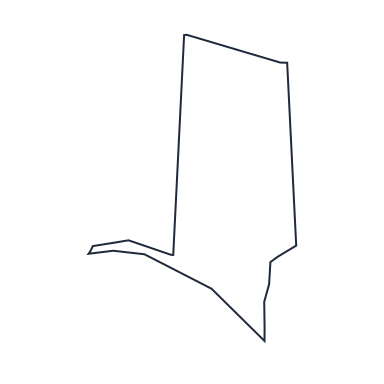 the district of La Pearle, Soufrière, Saint Lucia, rotated 353°
{"feature_id": "8701671B37327912911660", "entity_name": "La Pearle", "entity_type": "district", "adm_level": 2, "iso_a3": "LCA", "parent_name": "Saint Lucia", "parent_adm1": "Soufrière", "projection": "orthographic", "projection_center": [-61.048, 13.857], "detail": "fine", "context": "isolated", "style": "outline", "palette": "slate", "viewbox_px": 384, "rotation_deg": 353, "n_neighbors": 0, "source": "geoboundaries", "source_scale": "gbopen_adm2", "svg_char_len": 481}
<svg xmlns="http://www.w3.org/2000/svg" viewBox="0 0 384 384"><g transform="rotate(353 192 192)"><path d="M203.3,35.3L165.7,252.2L165.1,252.1L163.1,251.6L123.1,232.2L114.1,232.6L87.0,233.6L84.0,238.3L81.8,240.7L106.6,240.7L137.2,248.0L199.6,290.4L245.8,348.7L247.4,336.5L250.3,309.8L253.0,303.3L257.3,292.9L261.3,271.1L269.6,266.5L285.1,259.6L288.9,257.9L289.5,249.7L302.2,75.3L295.4,74.3L259.5,58.7L205.8,35.3L203.3,35.3Z" fill="none" stroke="#1e293b" stroke-width="2"/></g></svg>